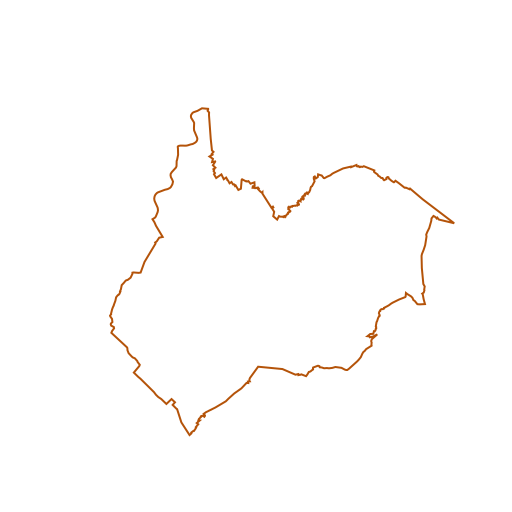 Tanhuato, Michoacán, Mexico (orthographic projection), rotated 318°
{"feature_id": "50627088B17756192090146", "entity_name": "Tanhuato", "entity_type": "district", "adm_level": 2, "iso_a3": "MEX", "parent_name": "Mexico", "parent_adm1": "Michoacán", "projection": "orthographic", "projection_center": [-102.336, 20.272], "detail": "fine", "context": "isolated", "style": "outline", "palette": "amber", "viewbox_px": 512, "rotation_deg": 318, "n_neighbors": 0, "source": "geoboundaries", "source_scale": "gbopen_adm2", "svg_char_len": 6106}
<svg xmlns="http://www.w3.org/2000/svg" viewBox="0 0 512 512"><g transform="rotate(318 256 256)"><path d="M238.8,147.8L237.5,147.8L235.2,147.2L232.6,145.8L225.7,143.1L224.7,142.9L223.0,143.0L222.3,143.1L220.6,143.8L218.9,145.1L217.9,146.5L217.4,147.5L215.4,153.8L215.0,154.7L213.7,156.5L212.2,157.6L207.8,159.7L206.5,159.9L203.7,159.4L203.1,163.0L201.9,166.6L199.4,179.4L196.3,177.6L192.1,178.7L190.1,178.5L190.0,179.2L189.5,179.6L169.2,185.8L159.2,191.1L157.5,190.0L153.9,186.2L153.0,185.7L152.2,186.6L148.3,188.2L144.6,187.9L143.3,187.2L141.8,187.2L140.2,187.5L136.7,187.8L133.4,190.3L131.3,191.3L131.4,191.7L129.1,192.8L127.9,192.9L127.8,192.7L126.7,192.7L124.4,193.1L121.5,195.2L117.3,197.4L117.2,197.6L115.4,198.3L113.3,199.4L109.5,202.0L109.3,202.4L107.7,202.6L107.3,203.3L106.9,206.4L105.1,209.0L103.0,209.1L102.4,209.5L101.8,210.8L102.8,213.7L102.1,214.8L99.0,215.4L97.1,216.3L99.0,237.6L98.8,238.3L97.4,240.1L96.3,243.0L96.4,247.8L96.6,249.1L97.5,250.9L97.5,252.3L97.5,254.6L97.1,255.5L96.8,259.1L95.6,259.7L87.2,260.9L87.6,267.1L88.0,269.8L89.1,288.9L88.8,292.1L89.0,295.4L89.9,298.9L90.4,306.0L97.5,305.8L97.9,310.5L94.4,310.9L94.7,316.5L94.9,317.0L89.2,329.7L86.8,344.6L89.3,344.6L89.7,343.9L92.5,344.1L92.8,344.5L95.4,343.9L96.8,343.4L96.8,342.9L100.5,342.4L100.2,340.5L104.1,340.6L103.2,339.6L104.5,338.9L107.6,338.8L107.7,338.3L108.4,338.3L108.9,338.9L109.7,339.1L110.0,340.9L111.0,340.7L111.4,340.3L111.5,338.3L114.3,338.6L124.4,341.4L136.4,343.8L140.1,343.6L147.9,343.6L156.5,344.6L164.0,344.0L165.2,345.2L166.0,343.9L167.5,345.0L167.7,344.1L168.7,343.2L169.9,342.6L183.5,339.7L200.0,357.7L205.9,370.6L208.4,372.0L207.8,372.9L208.5,373.3L208.8,373.3L209.2,373.8L210.5,374.3L212.8,378.8L214.9,378.4L217.7,377.5L218.5,378.0L219.7,378.3L220.3,378.2L222.5,378.5L223.1,377.6L223.8,377.1L228.4,378.9L228.7,379.1L229.4,380.3L228.9,381.3L230.3,382.9L231.5,385.0L233.7,386.7L235.1,388.3L237.8,390.2L240.7,391.6L244.7,396.3L246.0,399.9L246.7,401.0L247.6,401.8L249.9,402.0L260.7,402.0L263.0,401.8L266.2,401.3L269.8,399.7L271.5,399.2L273.2,399.3L275.6,398.9L281.9,400.0L282.5,399.1L284.1,397.6L284.3,396.9L284.8,396.2L286.5,395.3L293.7,395.4L289.2,394.2L286.2,392.6L286.5,391.7L285.2,390.2L288.7,390.4L290.5,391.8L290.7,392.1L291.1,392.3L293.3,390.8L293.8,391.4L295.0,391.2L295.8,390.5L296.7,390.4L296.8,389.9L297.8,389.3L297.9,388.5L301.3,385.8L302.3,385.5L305.2,383.8L307.3,383.0L307.4,383.3L307.7,383.3L308.3,382.8L309.0,380.8L310.0,380.1L311.5,379.6L311.7,379.9L312.6,379.3L313.6,379.4L314.7,380.4L315.2,380.4L315.9,380.7L316.4,380.2L316.9,380.5L317.2,380.4L320.2,381.2L322.2,381.6L324.0,381.7L326.2,382.1L333.3,384.1L339.4,386.4L340.0,386.3L342.7,383.8L343.0,385.6L344.2,389.7L344.3,391.7L343.5,394.1L343.9,395.6L343.7,399.8L345.2,401.4L349.4,404.8L351.6,400.4L354.3,396.0L354.3,395.2L356.2,395.4L358.3,394.1L358.5,393.5L361.0,391.5L361.6,388.8L371.2,375.9L379.1,366.7L380.6,365.6L384.7,363.6L388.9,361.2L395.8,355.6L396.8,354.0L399.2,352.8L403.5,351.1L409.7,347.2L411.6,345.5L414.7,345.0L415.2,346.4L415.5,348.3L415.4,348.4L415.4,349.0L416.4,348.8L416.3,351.3L425.2,364.3L417.8,325.3L415.6,309.0L414.8,309.2L413.1,305.4L412.5,305.2L412.1,304.6L410.9,297.5L410.0,293.4L408.1,293.6L407.8,293.5L407.6,293.0L407.0,290.7L406.7,288.1L406.6,287.3L407.1,286.1L406.9,285.7L406.5,285.3L405.8,285.2L405.3,285.4L405.0,285.3L404.4,286.1L401.9,285.4L401.8,284.7L402.2,282.7L401.5,282.1L401.2,281.6L401.1,279.7L400.5,278.2L400.9,276.8L400.0,272.7L400.2,272.2L401.2,271.6L396.2,261.4L394.7,261.0L393.7,259.7L392.9,259.6L392.4,259.2L392.3,258.7L392.5,258.2L392.4,257.8L391.5,257.5L391.1,257.1L391.0,256.7L391.6,255.6L386.1,253.6L386.4,253.1L379.3,249.2L369.5,246.3L367.8,245.9L365.3,245.8L362.0,244.7L359.0,244.0L358.5,243.4L358.7,240.1L358.1,239.3L356.8,236.9L354.7,238.7L352.4,238.4L352.9,236.2L352.0,236.0L351.7,236.1L350.6,237.3L349.5,239.7L344.4,241.6L343.2,241.4L342.3,241.8L340.4,243.2L338.1,244.2L337.3,243.8L336.9,244.1L336.4,242.9L335.5,243.2L335.4,243.7L334.7,242.6L334.2,242.5L333.1,242.8L333.1,243.7L332.7,243.9L332.2,243.3L330.6,242.9L330.0,243.0L329.4,244.5L329.5,245.0L330.0,245.0L329.7,245.5L329.0,245.6L328.7,244.4L328.2,243.7L327.6,243.8L327.2,244.5L326.2,244.4L325.7,245.1L325.1,243.6L324.0,243.4L323.1,244.7L322.3,244.3L322.1,244.8L322.5,246.4L322.3,246.6L321.8,246.5L321.4,245.7L320.6,245.7L320.3,246.0L319.7,245.3L318.9,245.1L318.2,244.3L317.2,243.8L316.6,243.2L315.7,243.5L315.3,242.7L314.8,242.6L313.9,242.8L313.4,242.4L313.4,241.4L312.6,241.4L311.3,242.9L311.7,243.7L311.4,245.2L311.6,245.5L311.4,245.8L310.5,245.8L309.6,245.2L308.9,245.2L308.8,245.7L308.0,246.1L306.7,245.7L305.7,246.2L305.1,246.0L304.4,245.6L303.9,246.6L303.7,246.6L303.8,245.7L303.7,245.4L303.4,245.2L302.7,245.5L302.3,245.4L302.2,244.6L301.6,244.2L300.3,242.9L299.8,241.7L296.1,243.1L295.4,238.0L299.1,235.3L299.8,231.3L301.4,231.5L301.5,231.0L301.6,230.6L299.8,230.3L302.5,214.1L303.5,212.9L302.7,213.0L302.3,210.6L302.3,207.9L302.3,207.6L303.2,207.7L303.3,206.4L300.7,205.0L300.6,204.5L299.1,203.0L300.3,202.1L301.9,203.0L304.1,200.2L300.3,198.6L300.5,195.3L299.4,194.8L299.1,194.1L298.6,194.0L297.0,189.7L296.3,189.8L289.8,195.9L287.1,195.1L288.1,189.9L287.2,189.9L287.6,188.0L286.8,187.4L287.3,184.6L285.0,184.3L285.7,181.3L285.5,180.5L285.8,180.3L286.3,177.7L283.4,177.4L284.9,172.2L278.6,171.4L279.5,167.1L281.0,166.9L281.3,164.5L282.6,164.0L282.5,162.9L284.9,163.2L284.7,159.7L288.8,158.6L288.9,158.4L286.2,156.8L289.0,155.0L288.0,150.9L291.4,151.6L291.3,150.6L294.1,150.2L293.9,148.1L300.7,138.7L315.3,119.9L317.2,117.9L317.2,115.7L318.6,115.0L318.9,114.6L314.7,110.1L309.7,109.0L305.8,107.4L304.8,107.2L303.9,107.3L302.1,107.8L301.2,108.5L300.3,109.9L299.4,114.8L299.0,115.8L295.3,119.6L294.0,121.3L291.5,128.5L290.8,129.7L290.2,130.2L289.4,130.7L288.1,131.1L286.3,131.0L283.9,130.4L282.2,129.4L279.3,128.1L277.8,127.2L274.0,123.6L272.5,122.6L271.3,122.3L270.9,122.5L270.0,123.8L265.8,128.7L261.6,131.8L260.6,132.3L257.1,136.0L255.8,136.7L249.7,137.3L247.7,137.8L247.2,138.2L246.6,138.7L245.5,140.5L244.9,143.0L244.1,145.2L241.8,146.8L238.8,147.8Z" fill="none" stroke="#b45309" stroke-width="2"/></g></svg>